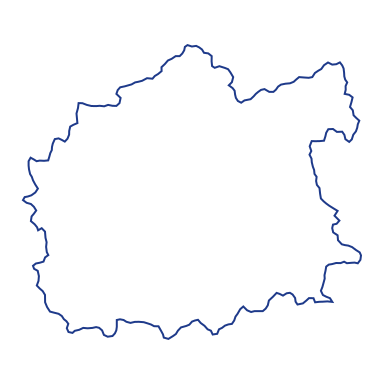 outline of Piranga, Minas Gerais, Brazil
{"feature_id": "56859067B92965867058108", "entity_name": "Piranga", "entity_type": "district", "adm_level": 2, "iso_a3": "BRA", "parent_name": "Brazil", "parent_adm1": "Minas Gerais", "projection": "mercator", "projection_center": [-43.286, -20.626], "detail": "fine", "context": "isolated", "style": "outline", "palette": "blue", "viewbox_px": 384, "rotation_deg": 0, "n_neighbors": 0, "source": "geoboundaries", "source_scale": "gbopen_adm2", "svg_char_len": 4018}
<svg xmlns="http://www.w3.org/2000/svg" viewBox="0 0 384 384"><path d="M45.0,294.9L45.1,302.3L47.1,307.1L50.0,311.6L54.2,312.7L58.6,313.8L61.8,316.0L63.9,319.2L66.4,321.2L68.3,323.8L66.8,328.2L68.5,332.0L72.5,332.9L74.8,330.8L79.2,329.8L83.2,327.9L87.6,328.3L92.5,327.9L96.1,327.1L99.1,327.8L102.1,330.4L103.9,334.9L107.7,336.7L112.5,336.0L114.9,333.4L116.3,330.4L116.8,326.9L116.8,320.0L120.0,319.3L123.6,320.0L126.4,321.8L130.5,322.9L134.7,321.9L138.8,321.8L143.8,322.2L148.0,323.5L151.0,324.5L154.1,326.2L158.5,326.3L161.0,330.7L163.0,334.4L163.8,337.6L168.4,338.9L173.1,336.0L175.9,334.0L177.9,330.7L181.0,327.4L186.1,326.0L189.3,324.7L192.0,321.6L194.9,320.5L198.0,319.8L200.7,323.0L204.5,325.8L207.6,329.3L210.9,330.7L212.7,334.5L217.2,333.8L219.0,329.3L222.0,327.9L225.0,325.6L228.4,324.4L231.9,323.9L234.2,320.5L235.5,316.6L237.5,313.9L240.2,309.2L243.3,306.5L247.1,310.3L251.1,312.0L254.6,311.1L258.7,311.1L262.8,311.1L265.7,308.6L267.8,305.3L268.9,300.5L272.9,296.8L276.6,292.9L279.6,293.9L283.0,295.6L286.6,293.3L289.9,292.8L292.6,294.5L295.1,298.0L295.6,301.7L297.5,304.5L302.9,303.4L306.4,300.5L309.0,298.1L313.5,298.2L315.1,302.3L319.3,301.8L322.7,301.7L327.4,301.4L332.3,301.9L330.0,298.2L326.2,296.7L322.9,295.0L320.9,290.8L322.4,287.0L323.5,283.0L324.7,278.6L324.5,275.2L325.5,270.8L326.2,266.6L328.8,264.6L332.0,264.1L336.1,263.0L340.6,263.1L344.1,261.7L346.9,263.2L351.4,262.8L354.6,262.6L357.8,263.3L360.4,259.8L361.0,255.4L359.7,252.4L355.8,249.9L352.1,247.1L348.3,245.6L344.9,245.1L341.8,244.3L338.0,240.2L337.6,235.3L333.2,232.4L332.2,228.1L333.0,224.6L336.6,223.8L339.4,220.6L336.9,218.1L334.5,215.7L337.6,210.9L333.5,208.4L329.2,205.7L326.2,203.5L323.6,201.3L320.9,198.5L320.1,193.7L319.5,188.1L316.9,184.9L316.1,181.0L316.6,176.8L314.5,173.9L314.1,169.9L312.9,166.8L311.8,162.3L311.5,158.6L309.5,154.7L311.3,151.0L309.7,146.3L311.7,141.1L315.5,141.2L319.7,141.1L324.0,140.7L325.4,136.3L326.2,132.8L328.3,129.2L333.0,129.0L336.9,131.9L342.2,131.7L344.4,134.9L345.4,139.2L349.2,141.9L351.8,139.4L353.3,134.7L355.9,131.4L357.2,127.8L357.8,124.3L359.3,120.7L356.3,118.0L353.6,115.3L352.8,110.3L350.0,107.0L351.4,102.3L352.6,97.4L349.2,94.8L344.7,93.9L345.7,89.8L345.6,86.1L347.2,82.4L345.2,79.6L344.3,76.4L344.1,72.7L343.6,68.5L342.2,65.4L339.9,62.4L336.3,64.2L332.2,64.6L328.0,62.5L324.0,65.2L321.3,69.0L318.3,70.7L314.9,73.0L312.3,77.1L308.7,77.8L304.2,77.5L299.1,77.1L296.1,79.6L293.7,81.8L290.0,83.3L285.5,83.7L281.0,84.6L278.1,86.6L275.9,89.7L273.4,91.9L269.3,91.9L264.5,89.1L261.0,89.9L258.2,91.9L255.8,93.9L253.7,96.3L250.6,99.2L244.5,100.4L241.2,102.7L237.9,101.0L235.9,97.9L235.1,94.6L234.6,90.7L232.6,88.1L228.8,85.3L231.9,82.2L233.2,77.1L230.4,72.4L228.1,69.2L224.8,67.9L219.4,66.2L214.7,67.8L212.1,66.1L211.6,61.4L211.7,56.1L208.3,53.4L204.0,52.8L202.0,49.5L199.2,47.4L196.2,45.9L191.9,46.5L187.5,45.1L184.9,46.9L184.2,50.3L182.3,53.5L179.7,56.1L175.7,56.1L171.7,58.8L167.9,60.5L164.9,64.0L161.5,67.2L161.6,71.1L158.1,74.0L154.8,76.0L152.5,78.7L147.0,78.2L142.1,80.8L138.2,81.8L135.1,82.4L131.6,84.4L128.4,85.3L124.9,86.3L120.2,87.3L117.7,90.1L116.4,93.9L120.6,97.9L119.5,103.1L116.4,105.9L112.5,105.8L108.1,104.9L104.2,106.3L99.7,105.8L96.1,106.1L91.4,106.0L86.8,104.9L82.4,103.2L78.6,103.1L78.0,108.0L76.5,113.5L76.9,117.8L77.4,123.1L73.4,124.8L70.2,126.6L69.2,131.0L69.1,134.7L67.5,138.7L64.8,141.6L61.6,139.8L58.6,138.4L54.8,139.1L52.8,143.6L52.0,146.9L51.8,150.1L50.3,153.1L49.3,156.8L48.2,160.4L44.1,160.8L39.7,160.6L36.6,161.2L33.9,159.5L30.6,157.7L28.6,161.2L28.6,165.6L29.0,169.3L30.1,174.1L31.8,176.8L33.0,180.3L35.2,184.4L37.9,188.6L35.3,192.5L31.4,195.3L27.8,196.5L24.7,197.1L23.0,200.1L26.6,202.8L30.9,204.0L33.9,206.8L36.2,210.5L33.9,213.7L31.6,216.4L30.9,221.1L34.7,224.3L37.1,227.3L38.1,230.3L41.7,228.2L45.0,231.6L45.5,237.8L46.6,242.2L46.1,246.9L46.8,252.1L48.3,255.1L45.1,257.4L43.5,261.6L39.9,262.7L35.9,263.5L33.0,265.8L34.1,268.8L37.7,270.8L38.9,276.1L38.5,280.9L36.8,285.5L39.7,288.5L42.7,291.1L45.0,294.9Z" fill="none" stroke="#1e3a8a" stroke-width="2"/></svg>